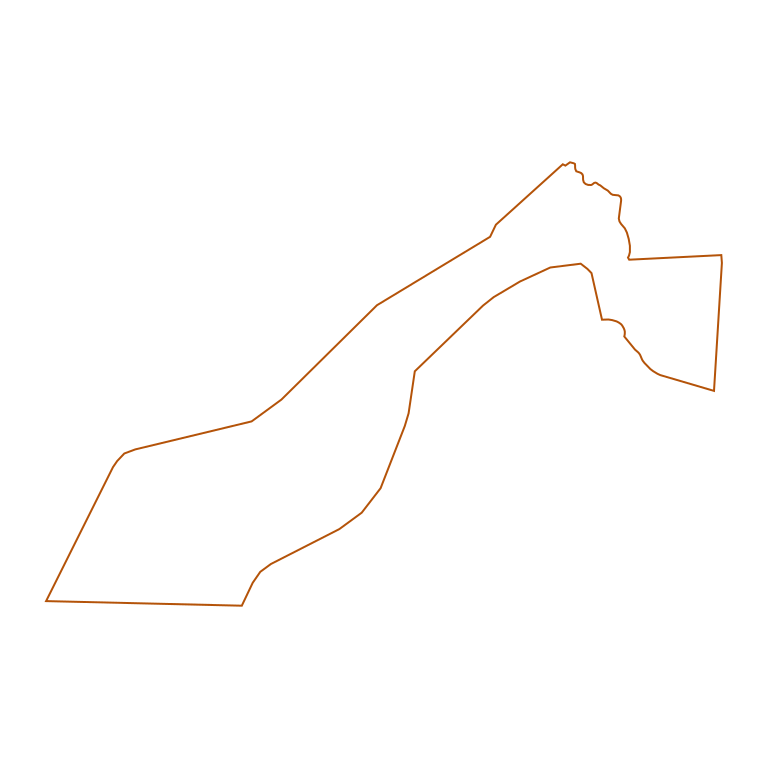 SVG path tracing the border of Al Jizah
{"feature_id": "EGY-1544", "entity_name": "Al Jizah", "entity_type": "Governorate", "adm_level": 1, "iso_a3": "EGY", "parent_name": "Egypt", "parent_adm1": "", "projection": "orthographic", "projection_center": [30.712, 29.007], "detail": "fine", "context": "isolated", "style": "outline", "palette": "amber", "viewbox_px": 768, "rotation_deg": 0, "n_neighbors": 0, "source": "natural_earth", "source_scale": "10m", "svg_char_len": 1374}
<svg xmlns="http://www.w3.org/2000/svg" viewBox="0 0 768 768"><path d="M404.8,426.0L380.6,488.2L361.7,512.7L339.3,529.1L270.9,564.0L260.3,571.8L252.7,582.8L241.8,605.7L46.1,601.1L113.0,467.1L117.2,461.0L124.3,453.5L135.3,449.4L251.6,421.4L281.4,399.6L377.0,305.2L490.1,236.8L495.9,224.7L562.8,164.3L565.4,165.6L570.0,162.3L573.8,163.3L574.9,163.9L575.1,165.4L575.1,167.3L575.3,169.0L576.3,171.3L576.7,171.4L578.1,171.9L579.7,172.4L581.4,173.2L581.6,173.6L582.5,174.4L583.0,176.1L583.1,179.8L583.8,182.3L585.6,184.0L588.1,184.9L591.1,185.0L592.2,184.5L594.2,182.9L595.5,182.6L596.6,183.0L598.6,184.6L600.3,185.4L603.9,188.3L605.6,189.3L607.8,190.6L610.9,193.8L612.7,194.8L618.4,195.4L619.8,196.3L620.7,197.5L621.1,199.1L621.1,200.7L618.8,218.5L619.5,221.5L621.1,224.0L624.8,228.3L626.9,232.6L628.7,238.9L629.9,245.8L629.9,252.1L629.0,255.6L628.0,257.6L629.2,259.7L721.3,255.1L721.9,262.9L714.0,390.9L660.3,375.1L657.5,373.8L653.2,371.2L650.3,369.0L644.5,363.0L642.8,360.8L642.1,359.6L640.1,354.9L639.1,353.4L638.1,352.3L635.0,349.6L624.3,336.5L624.7,334.6L624.8,333.3L624.8,331.5L624.4,329.8L623.7,328.1L622.3,325.7L621.3,324.4L620.0,323.4L618.7,322.5L616.6,321.4L612.2,320.1L608.5,319.5L602.0,319.7L591.5,273.1L587.4,268.9L580.7,263.7L550.3,267.5L520.0,281.5L493.7,297.1L483.0,305.6L414.8,371.3L408.6,413.3L404.8,426.0Z" fill="none" stroke="#b45309" stroke-width="2"/></svg>